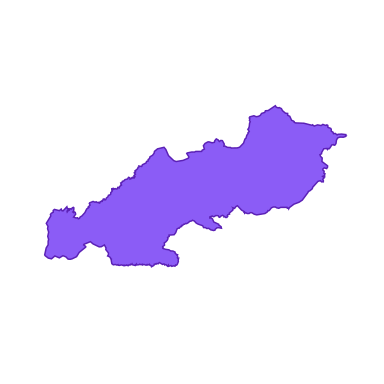 Santa Rosa Del Sur, Bolívar, Colombia, rotated 42°
{"feature_id": "7082276B21319796766403", "entity_name": "Santa Rosa Del Sur", "entity_type": "district", "adm_level": 2, "iso_a3": "COL", "parent_name": "Colombia", "parent_adm1": "Bolívar", "projection": "robinson", "projection_center": [-74.241, 7.761], "detail": "fine", "context": "isolated", "style": "filled", "palette": "violet", "viewbox_px": 384, "rotation_deg": 42, "n_neighbors": 0, "source": "geoboundaries", "source_scale": "gbopen_adm2", "svg_char_len": 6066}
<svg xmlns="http://www.w3.org/2000/svg" viewBox="0 0 384 384"><g transform="rotate(42 192 192)"><path d="M166.5,292.5L170.7,293.2L171.8,294.6L172.1,296.0L173.8,295.4L175.3,295.4L176.3,296.1L177.0,295.8L177.8,296.9L180.4,298.9L182.2,298.8L183.5,297.2L185.0,296.6L185.6,295.5L186.1,295.8L187.1,295.2L188.3,293.4L190.8,292.3L190.5,291.8L191.9,291.0L192.1,290.1L192.8,290.0L193.4,289.1L193.9,289.4L194.6,287.1L195.0,287.2L195.0,286.6L195.9,286.2L195.7,285.6L196.5,285.9L199.0,284.6L198.7,283.9L199.2,283.8L199.1,282.9L199.6,283.3L201.3,281.5L201.4,280.7L202.9,280.1L203.3,279.0L204.1,279.3L204.7,278.0L206.9,277.1L207.1,275.9L208.0,275.9L208.7,274.2L209.6,274.6L210.8,274.1L211.9,274.7L212.8,272.1L212.3,270.9L212.8,270.7L213.0,269.7L213.6,269.6L213.7,268.6L214.9,268.0L214.9,266.3L218.6,265.5L219.2,264.3L219.8,264.1L220.5,264.5L221.2,263.4L223.4,263.5L223.3,262.2L224.3,262.9L225.6,260.7L226.7,260.8L227.7,259.2L229.0,258.5L228.7,257.5L229.5,257.5L229.1,257.3L229.5,256.5L229.4,255.4L228.4,252.8L227.4,252.0L226.4,250.2L226.0,250.8L225.2,250.7L225.2,250.2L223.9,249.1L223.0,249.0L223.0,248.4L222.4,248.8L220.4,248.7L219.6,248.0L217.4,248.6L215.5,250.1L213.5,250.4L210.7,252.3L208.1,253.4L207.5,253.1L207.5,252.4L206.7,252.1L207.2,250.0L205.4,248.2L205.9,246.8L205.9,244.4L205.4,242.8L204.3,242.1L204.8,240.3L203.8,239.4L207.3,235.7L207.1,233.1L205.6,229.5L206.1,227.8L206.7,227.5L206.7,225.0L207.3,224.7L206.8,223.6L207.3,223.3L207.5,221.3L208.0,221.0L208.4,219.5L209.2,219.1L209.9,216.8L209.8,215.6L211.1,213.7L211.2,212.7L213.1,212.0L215.9,212.3L218.0,211.8L222.5,209.9L224.4,210.7L225.9,209.4L227.3,209.3L228.8,207.8L231.2,207.6L233.9,206.1L234.6,204.9L234.2,204.1L234.5,202.0L235.5,200.8L238.1,199.2L236.8,198.3L234.0,198.6L233.4,198.1L228.3,199.7L225.2,198.3L223.6,198.4L222.6,199.4L221.9,198.6L223.1,196.3L224.4,196.1L225.1,195.1L225.3,193.8L226.7,192.5L227.4,192.1L229.1,192.6L229.5,192.3L229.7,190.2L230.4,188.8L231.9,188.6L232.4,189.1L232.9,188.4L234.1,188.4L234.9,187.6L234.8,186.2L234.0,185.9L233.8,185.0L234.7,183.3L233.8,182.6L234.5,178.3L233.8,177.5L234.2,176.3L233.3,176.2L234.6,175.6L234.4,173.4L234.9,171.8L241.0,172.3L244.1,171.6L244.3,172.2L244.9,171.7L244.7,172.0L245.4,172.6L245.7,171.5L247.5,171.0L248.8,169.8L249.2,168.3L250.4,167.3L253.0,166.9L255.4,165.7L260.6,159.2L261.3,156.6L260.9,155.0L261.6,154.7L261.8,153.7L261.6,150.6L262.5,148.7L264.1,147.3L265.5,147.1L267.4,146.0L268.2,144.1L272.9,139.8L273.7,140.3L274.5,139.3L275.1,139.7L274.8,138.4L275.9,132.8L278.4,128.0L279.4,124.2L278.5,114.7L278.1,113.8L278.8,112.1L279.2,109.1L278.5,107.7L278.5,99.8L279.8,97.7L281.5,97.8L282.8,96.6L282.0,95.6L280.7,95.1L280.7,93.0L278.6,93.0L279.3,91.6L280.0,91.5L278.9,90.4L278.7,89.5L277.4,89.8L276.3,88.1L274.5,88.1L273.9,87.4L274.1,85.6L276.4,84.5L276.1,82.8L275.2,81.8L268.2,82.4L266.0,79.6L263.8,79.5L262.1,78.7L262.7,76.9L261.9,75.8L261.0,71.7L263.0,69.5L264.2,69.8L264.0,68.6L264.9,68.3L265.0,66.8L264.4,63.5L265.4,62.1L266.2,62.2L266.8,61.6L266.6,59.7L264.6,56.7L264.1,54.4L265.1,52.3L267.9,49.9L269.0,47.9L269.0,47.1L268.4,47.3L267.9,46.4L264.5,48.8L261.9,51.4L261.6,52.5L259.3,52.6L258.1,54.0L256.8,53.2L254.8,53.6L253.5,52.2L252.5,51.9L249.8,53.0L248.4,51.7L247.7,52.2L247.3,51.9L246.6,53.2L244.0,54.2L243.5,56.2L240.4,58.1L238.7,61.2L236.6,61.4L236.6,62.1L229.2,66.0L222.7,71.4L221.3,71.8L220.8,71.3L219.5,71.5L218.1,72.1L214.0,70.3L211.8,71.0L210.5,69.6L208.8,70.9L204.8,71.0L202.6,70.2L200.3,70.9L199.8,71.8L197.9,72.6L196.2,72.1L194.1,80.5L192.2,82.5L192.8,84.2L191.1,87.1L191.5,89.3L190.7,91.4L189.3,93.1L187.0,93.9L184.7,97.4L185.0,98.7L186.0,98.9L186.8,100.4L188.3,100.8L188.7,102.3L190.7,105.0L191.6,107.1L191.5,108.0L194.1,108.8L193.9,110.4L194.5,110.9L194.8,113.2L196.1,115.9L195.9,117.2L197.6,121.2L197.4,126.9L196.1,129.0L191.7,133.1L190.9,133.1L188.5,135.1L185.8,135.8L185.0,136.6L183.9,134.8L180.2,133.5L178.9,134.4L178.5,136.2L176.5,135.8L174.5,136.3L174.6,138.6L175.4,140.1L174.0,142.0L171.0,143.4L170.2,144.3L169.2,147.2L169.5,150.0L172.5,151.8L171.6,154.1L172.0,155.4L167.5,159.5L167.2,160.6L165.0,162.5L162.3,166.2L162.3,166.9L165.9,167.9L166.5,168.5L166.5,169.7L164.2,174.5L159.8,180.0L157.5,180.9L150.2,180.7L144.1,177.9L141.3,177.5L137.5,183.0L136.9,186.9L137.9,188.6L138.1,191.2L137.2,193.9L138.0,195.6L137.7,197.2L138.6,198.3L137.8,199.7L138.4,201.2L136.9,204.9L137.5,206.7L135.2,208.2L135.8,208.6L135.4,209.7L136.0,211.2L135.5,214.6L136.6,214.8L136.3,216.4L138.0,216.6L137.9,218.6L139.4,218.8L139.6,220.5L139.0,220.7L139.2,220.0L138.5,219.9L137.7,221.5L138.2,222.0L137.3,223.9L136.2,223.0L135.0,223.6L135.4,225.4L133.9,227.7L133.9,229.5L133.1,230.6L133.5,231.7L133.0,233.0L134.4,233.7L134.4,234.4L134.9,234.3L134.6,236.2L135.1,237.7L134.2,237.7L133.7,238.3L134.4,239.4L133.6,240.6L132.6,240.9L132.3,241.8L131.1,241.9L130.2,243.3L130.7,243.8L131.6,243.4L131.4,244.4L132.2,245.1L132.0,246.7L133.0,248.0L132.8,249.5L132.1,250.3L132.7,251.9L132.4,253.8L133.0,255.6L132.1,256.4L131.4,255.9L130.8,256.6L131.2,257.5L130.9,258.7L131.5,259.1L130.3,260.4L130.8,262.0L130.1,262.4L129.6,262.1L128.5,263.3L127.3,263.4L126.8,264.5L124.8,265.2L123.2,268.5L123.4,269.3L125.0,269.9L124.9,272.6L125.7,272.6L125.1,275.1L126.2,279.0L126.2,283.6L125.6,285.3L126.0,286.9L125.4,288.0L124.2,287.7L123.2,288.9L120.8,289.9L120.4,286.3L118.9,285.3L117.8,285.5L117.4,285.7L117.7,286.5L116.8,286.6L116.9,285.6L116.1,284.4L114.8,282.8L114.1,282.8L113.6,283.9L113.9,285.2L112.5,286.0L113.0,287.7L112.4,288.4L112.6,290.3L112.0,289.9L111.6,287.0L110.3,287.6L108.9,286.7L108.8,292.3L107.9,292.9L106.2,292.2L105.9,294.6L101.4,297.0L101.2,298.6L102.4,299.8L101.7,301.9L101.8,303.4L103.1,304.3L104.7,312.8L108.0,313.9L109.2,315.9L112.3,317.7L114.5,321.5L117.2,323.2L118.0,324.8L120.4,327.5L121.1,331.2L124.6,337.3L125.6,337.6L129.4,337.3L132.3,335.7L132.9,331.3L137.5,329.7L138.7,325.7L141.7,324.6L144.8,324.8L146.5,323.5L147.6,321.9L149.5,317.3L148.6,312.4L149.9,304.1L149.5,303.6L146.9,303.8L146.7,303.2L149.7,296.9L153.2,296.8L159.7,294.9L161.2,293.4L162.3,290.0L165.5,291.1L166.5,292.5Z" fill="#8b5cf6" stroke="#5b21b6" stroke-width="1.5"/></g></svg>